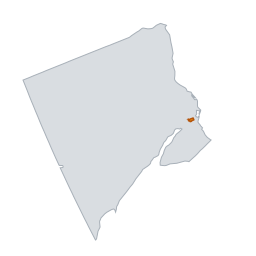 location of Qantara Gharb, al-, Al Isma`iliyah, Egypt, rotated 65°
{"feature_id": "37247803B15873621471618", "entity_name": "Qantara Gharb, al-", "entity_type": "district", "adm_level": 2, "iso_a3": "EGY", "parent_name": "Egypt", "parent_adm1": "Al Isma`iliyah", "projection": "orthographic", "projection_center": [32.205, 30.739], "detail": "fine", "context": "in_parent", "style": "filled", "palette": "amber", "viewbox_px": 256, "rotation_deg": 65, "n_neighbors": 0, "source": "geoboundaries", "source_scale": "gbopen_adm2", "svg_char_len": 3578}
<svg xmlns="http://www.w3.org/2000/svg" viewBox="0 0 256 256"><g transform="rotate(65 128 128)"><path d="M215.8,204.8L210.9,205.0L206.1,205.2L201.3,205.4L196.4,205.5L191.6,205.7L186.7,205.8L181.9,205.9L177.0,206.0L172.2,206.1L167.3,206.2L162.5,206.2L157.6,206.3L152.8,206.3L147.9,206.3L143.0,206.3L138.2,206.3L135.4,206.3L135.9,204.9L136.2,203.9L135.9,203.2L134.9,203.0L134.3,203.2L132.9,206.1L132.1,206.2L130.4,206.2L124.7,206.2L119.1,206.1L113.4,206.0L107.8,205.8L102.1,205.7L96.5,205.5L90.8,205.4L85.2,205.2L79.6,204.9L73.9,204.7L68.3,204.4L62.7,204.2L57.1,203.9L51.4,203.5L45.8,203.2L40.2,202.9L40.4,199.3L40.6,195.8L40.7,192.2L40.9,188.7L41.1,185.1L41.3,181.6L41.4,178.1L41.6,174.5L41.8,171.0L42.0,167.4L42.2,163.8L42.4,160.3L42.6,156.7L42.7,153.2L42.9,149.6L43.1,146.0L43.3,142.5L43.5,138.9L43.7,135.4L43.9,131.8L44.1,128.2L44.3,124.7L44.5,121.1L44.7,117.5L44.9,113.9L45.2,110.4L45.4,106.8L45.6,103.2L45.8,99.7L46.0,96.1L46.2,92.5L46.4,88.9L46.4,88.3L45.8,85.8L45.3,82.7L44.7,78.8L44.7,77.6L43.7,73.6L43.7,72.5L44.0,71.7L46.3,68.5L47.0,67.0L47.7,65.1L48.0,63.5L47.5,61.1L46.9,58.9L46.9,56.7L46.9,54.5L48.0,53.1L49.4,51.8L49.9,51.0L50.7,50.1L51.3,49.7L52.1,51.7L54.2,52.2L61.2,50.9L68.8,53.0L73.0,53.9L79.4,55.6L83.2,58.5L84.3,58.8L87.2,58.9L89.0,60.5L96.4,61.5L100.3,63.4L102.6,64.8L103.9,65.3L105.1,65.2L106.8,64.8L108.8,63.9L111.1,62.6L115.8,59.2L117.4,58.7L118.5,58.8L119.8,58.8L120.3,57.9L121.0,57.3L121.5,56.5L122.2,55.7L124.6,55.5L129.4,54.0L128.9,54.7L124.5,56.4L126.3,56.6L128.3,56.0L130.4,55.7L130.8,55.0L131.2,53.7L131.6,53.5L133.1,53.7L137.6,55.8L138.7,55.9L141.8,54.8L142.5,54.5L143.5,55.2L145.9,57.7L145.1,57.7L142.6,55.5L142.3,56.6L140.9,58.5L142.7,59.3L144.1,59.7L144.9,60.7L145.4,61.7L146.8,61.3L147.9,60.0L147.3,59.2L147.0,58.5L147.4,58.5L148.4,59.1L151.3,61.6L152.3,62.1L153.4,62.0L155.7,61.3L156.3,61.4L159.4,60.4L159.8,61.1L160.3,61.8L162.8,61.0L166.8,61.0L170.0,60.1L173.7,58.1L174.0,57.8L174.2,58.3L174.7,59.6L175.9,63.0L176.9,65.6L178.2,69.3L178.6,70.7L178.8,71.7L180.6,75.7L181.8,79.0L182.6,81.7L183.8,85.6L184.3,87.0L183.5,87.8L182.0,90.4L180.6,98.6L178.3,105.0L178.1,109.0L177.7,110.5L176.6,112.5L175.3,114.5L172.8,113.5L168.7,110.1L166.3,106.8L163.8,104.7L161.4,101.9L160.8,99.9L160.8,98.6L159.7,95.4L159.0,93.9L156.1,90.5L155.3,88.7L154.6,87.9L154.0,86.7L152.9,82.3L151.8,79.5L150.5,80.3L150.8,81.5L149.6,83.1L149.0,85.0L149.5,86.6L151.8,88.9L152.3,89.9L152.9,92.2L152.8,95.2L153.2,96.2L154.9,98.5L155.6,99.8L155.9,100.9L156.5,102.0L158.3,103.9L160.8,107.6L163.3,110.1L165.0,111.3L165.7,112.5L165.9,115.7L165.8,117.2L167.4,120.0L168.0,121.4L169.5,122.5L170.2,123.8L170.8,126.0L171.8,132.3L173.1,133.9L177.3,142.2L180.7,147.4L182.5,151.3L185.1,156.1L190.2,166.5L193.2,169.7L194.4,171.5L196.6,172.8L199.0,174.8L196.8,174.6L196.2,174.8L195.4,175.1L195.1,176.4L195.0,177.4L195.4,182.7L196.0,185.4L198.1,190.5L199.6,192.0L200.3,193.0L201.4,193.6L206.0,195.2L208.9,198.8L215.1,203.3L215.8,204.5L215.8,204.8Z" fill="#d9dde1" stroke="#a8b0b8" stroke-width="1"/><path d="M146.5,64.8L146.4,65.1L146.4,65.3L146.4,65.6L146.4,65.8L146.4,66.0L146.3,66.3L146.2,67.4L146.2,68.3L146.3,68.7L146.4,69.1L145.7,69.4L145.6,69.5L145.8,69.6L146.0,69.7L146.0,69.8L146.1,69.7L146.3,69.5L146.5,69.7L146.5,69.8L146.4,69.8L146.5,69.8L146.8,69.8L147.0,69.9L147.1,69.7L147.3,69.7L147.5,69.6L147.5,69.4L147.4,69.4L147.4,69.2L147.5,69.0L147.5,68.9L147.8,68.9L148.4,68.9L148.5,68.9L148.6,68.7L148.7,68.1L148.7,67.7L148.6,67.4L148.4,67.2L148.3,66.4L148.4,66.1L148.4,65.5L148.4,64.9L148.0,64.8L146.5,64.8L146.5,64.8Z" fill="#f59e0b" stroke="#b45309" stroke-width="1.5"/></g></svg>